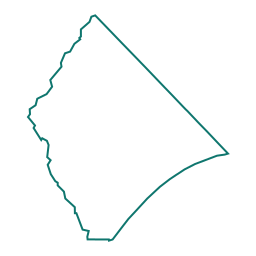 Horry, South Carolina, United States of America
{"feature_id": "52423323B30660787387820", "entity_name": "Horry", "entity_type": "district", "adm_level": 2, "iso_a3": "USA", "parent_name": "United States of America", "parent_adm1": "South Carolina", "projection": "natural_earth1", "projection_center": [-79.016, 33.934], "detail": "fine", "context": "isolated", "style": "outline", "palette": "teal", "viewbox_px": 256, "rotation_deg": 0, "n_neighbors": 0, "source": "geoboundaries", "source_scale": "gbopen_adm2", "svg_char_len": 982}
<svg xmlns="http://www.w3.org/2000/svg" viewBox="0 0 256 256"><path d="M80.9,29.4L80.9,36.5L79.3,38.0L80.2,39.3L74.4,43.8L70.1,51.6L65.0,53.3L60.9,62.9L61.5,66.7L50.3,80.0L52.1,86.7L46.6,94.1L37.3,98.7L35.6,105.2L29.7,109.2L30.0,114.2L28.0,117.0L35.0,125.5L33.6,128.0L41.2,140.0L42.2,138.3L46.9,140.8L48.6,145.0L47.2,157.1L50.6,160.2L47.7,164.8L50.8,174.2L55.3,181.2L57.7,182.7L57.7,185.4L63.9,191.6L65.3,198.5L74.8,207.2L74.9,213.2L76.4,213.2L82.6,229.6L88.7,231.0L87.3,236.8L87.6,239.4L108.9,239.5L109.0,240.6L112.6,239.5L123.0,225.9L128.5,218.8L134.5,212.4L147.3,198.5L159.9,186.8L169.9,179.1L176.5,174.7L177.8,173.9L184.6,169.4L195.1,164.0L217.0,155.7L224.7,154.6L228.0,153.6L218.1,143.2L209.2,133.8L207.8,132.3L200.6,124.9L200.2,124.5L197.5,121.7L187.4,111.0L185.6,109.3L185.0,108.7L170.7,93.7L164.5,87.3L160.1,82.7L149.2,71.3L144.3,66.2L140.6,62.4L135.5,57.1L122.0,43.2L114.0,34.9L95.2,15.4L91.4,16.7L89.5,21.9L80.9,29.4Z" fill="none" stroke="#0f766e" stroke-width="2"/></svg>